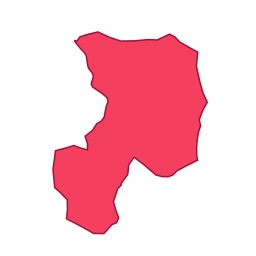 map outline of Salyan (Equal Earth projection), rotated 350°
{"feature_id": "AZE-1715", "entity_name": "Salyan", "entity_type": "District", "adm_level": 1, "iso_a3": "AZE", "parent_name": "Azerbaijan", "parent_adm1": "", "projection": "equal_earth", "projection_center": [49.041, 39.634], "detail": "fine", "context": "isolated", "style": "filled", "palette": "rose", "viewbox_px": 256, "rotation_deg": 350, "n_neighbors": 0, "source": "natural_earth", "source_scale": "10m", "svg_char_len": 1173}
<svg xmlns="http://www.w3.org/2000/svg" viewBox="0 0 256 256"><g transform="rotate(350 128 128)"><path d="M210.5,116.4L204.8,123.5L199.6,132.2L199.9,138.3L196.8,144.1L194.1,151.8L192.0,159.9L190.9,167.0L191.0,171.9L189.4,172.2L179.1,175.3L168.8,178.7L164.2,182.0L159.3,183.0L153.0,181.8L147.1,178.9L137.8,167.5L128.9,157.9L122.3,164.4L121.3,168.2L119.6,173.8L112.1,181.0L111.2,183.2L108.4,185.2L107.3,186.1L100.9,198.0L101.7,206.7L103.2,214.8L100.4,219.2L95.4,220.4L85.9,227.8L75.9,225.9L64.0,216.1L51.7,206.8L54.3,197.4L55.7,188.1L50.8,180.7L45.5,174.0L46.9,155.8L52.7,137.7L62.1,137.0L71.7,135.8L78.2,139.7L84.1,142.5L85.4,136.6L84.3,128.6L92.4,124.3L97.9,118.4L102.9,116.5L106.5,113.0L110.1,103.3L113.0,98.3L112.6,94.5L108.6,89.6L100.3,81.6L99.4,78.7L100.5,75.8L102.1,73.1L102.9,70.8L102.4,67.7L100.2,63.9L99.3,61.1L99.2,58.2L99.4,51.6L99.3,49.3L98.1,46.1L95.1,41.8L90.8,33.9L90.8,32.7L92.8,33.5L96.6,29.8L105.5,28.7L115.1,28.2L125.3,35.3L135.8,41.1L149.5,43.3L162.9,44.4L167.5,45.3L171.9,46.4L178.8,44.5L185.3,42.8L190.1,46.7L194.0,52.4L201.9,59.0L209.9,65.4L206.1,78.9L206.7,94.0L207.8,105.8L210.5,116.4Z" fill="#f43f5e" stroke="#9f1239" stroke-width="1.5"/></g></svg>